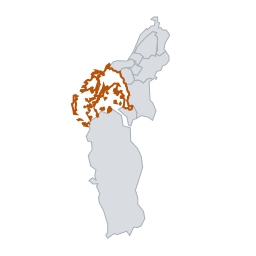 Greece highlighted, Mercator projection, rotated 83°
{"feature_id": "GRC", "entity_name": "Greece", "entity_type": "country or territory", "adm_level": 0, "iso_a3": "GRC", "parent_name": "Europe", "parent_adm1": "", "projection": "mercator", "projection_center": [23.941, 38.339], "detail": "fine", "context": "with_neighbors", "style": "outline", "palette": "amber", "viewbox_px": 256, "rotation_deg": 83, "n_neighbors": 9, "source": "natural_earth", "source_scale": "50m", "svg_char_len": 8737}
<svg xmlns="http://www.w3.org/2000/svg" viewBox="0 0 256 256"><g transform="rotate(83 128 128)"><path d="M82.8,97.5L84.8,101.4L102.9,102.7L106.3,100.3L114.4,98.1L123.4,102.6L119.8,106.5L117.3,113.2L119.6,118.5L113.6,117.3L106.6,120.2L106.6,124.7L100.3,125.6L95.5,122.4L90.0,124.9L84.9,124.7L84.4,118.6L80.9,115.6L82.1,114.3L81.3,113.2L82.5,110.2L85.1,107.3L81.8,103.2L81.2,99.7L82.8,97.5Z" fill="#d9dde1" stroke="#a8b0b8" stroke-width="1"/><path d="M234.9,161.7L231.6,163.1L229.2,160.9L221.2,159.8L206.7,162.4L198.8,165.6L193.1,165.6L189.5,164.0L181.9,166.4L179.7,164.7L179.3,169.5L175.6,173.2L173.1,169.4L175.7,166.1L171.5,166.9L165.7,164.9L161.0,169.8L150.6,170.8L145.0,166.2L137.6,165.9L136.0,169.5L131.3,170.5L124.6,165.9L117.1,166.1L113.0,157.5L108.0,152.7L111.4,145.8L107.0,141.6L114.6,133.0L125.2,132.6L128.1,125.7L141.2,126.9L149.5,121.0L157.5,118.4L168.8,118.2L190.7,128.2L198.7,126.8L204.6,127.6L212.7,122.8L220.1,122.4L226.7,126.9L227.9,130.1L227.2,134.5L235.0,139.4L230.3,141.9L232.5,152.0L231.1,154.7L234.9,161.7ZM106.6,120.2L113.6,117.3L119.6,118.5L120.4,122.0L126.4,125.0L125.1,127.2L117.0,127.7L108.3,135.4L106.2,129.3L107.9,128.3L110.0,122.6L106.6,120.2Z" fill="#d9dde1" stroke="#a8b0b8" stroke-width="1"/><path d="M71.6,129.2L71.5,131.6L69.2,132.9L68.8,135.8L65.6,140.1L60.5,134.5L59.9,130.2L61.4,121.2L59.8,116.8L62.8,112.2L63.2,113.9L65.1,113.1L68.2,116.5L67.8,123.0L68.7,127.0L71.6,129.2Z" fill="#d9dde1" stroke="#a8b0b8" stroke-width="1"/><path d="M41.0,75.3L48.3,80.8L54.0,82.7L56.5,81.2L60.4,87.8L57.7,91.5L54.6,89.3L44.0,87.9L40.8,88.1L39.3,90.1L36.8,87.9L35.4,91.9L48.6,109.0L54.7,112.5L53.9,114.1L37.2,104.5L31.4,97.4L32.8,96.7L29.7,92.7L29.5,89.4L25.1,87.9L23.0,92.0L21.0,88.8L21.4,85.2L26.2,85.6L27.4,83.9L32.5,85.7L32.4,83.0L34.8,82.0L35.5,78.0L41.0,75.3Z" fill="#d9dde1" stroke="#a8b0b8" stroke-width="1"/><path d="M54.7,112.5L48.6,109.0L40.2,99.4L35.4,91.9L36.8,87.9L39.3,90.1L40.8,88.1L44.0,87.9L60.2,91.5L58.5,95.7L61.8,99.4L60.8,103.9L55.7,107.4L54.7,112.5Z" fill="#d9dde1" stroke="#a8b0b8" stroke-width="1"/><path d="M80.9,115.6L84.4,118.6L84.9,124.7L82.4,126.6L78.7,126.4L76.1,128.4L71.6,129.2L68.7,127.0L67.8,123.0L69.8,118.1L80.9,115.6Z" fill="#d9dde1" stroke="#a8b0b8" stroke-width="1"/><path d="M56.5,81.2L61.8,78.6L66.1,79.1L69.8,82.9L70.6,86.1L74.8,88.4L75.3,92.4L79.3,95.2L81.5,93.0L83.2,94.2L81.6,95.8L82.8,97.5L81.2,99.7L81.8,103.2L85.1,107.3L82.5,110.2L81.3,113.2L82.1,114.3L80.9,115.6L75.4,116.3L76.8,112.2L70.2,106.7L66.4,111.0L66.9,110.2L59.2,104.3L60.8,103.9L61.8,99.4L58.5,95.7L60.2,91.5L57.7,91.5L60.4,87.8L56.5,81.2Z" fill="#d9dde1" stroke="#a8b0b8" stroke-width="1"/><path d="M66.9,110.2L63.2,113.9L62.8,112.2L59.8,116.8L60.3,119.7L53.9,114.1L55.7,107.4L59.2,104.3L66.9,110.2Z" fill="#d9dde1" stroke="#a8b0b8" stroke-width="1"/><path d="M68.6,119.9L68.2,116.5L65.1,113.1L68.0,110.3L69.0,107.2L70.2,106.7L76.8,112.2L75.4,116.3L69.8,118.1L69.5,120.0L68.6,119.9Z" fill="#d9dde1" stroke="#a8b0b8" stroke-width="1"/><path d="M107.2,120.9L109.8,122.2L110.1,124.1L110.0,124.5L108.1,125.6L108.3,127.8L106.6,130.0L106.1,130.2L104.8,129.2L100.7,128.4L99.7,127.8L97.5,129.0L95.4,128.2L92.6,130.3L90.4,130.0L90.3,130.7L91.2,131.9L90.9,132.4L91.2,133.0L92.3,133.1L93.5,133.8L94.4,135.5L93.2,134.3L91.5,133.6L90.2,133.8L90.2,134.2L91.9,135.8L92.1,136.6L91.7,137.1L90.9,136.6L89.8,134.8L88.1,134.4L87.9,134.8L88.2,135.7L89.8,137.2L89.5,137.5L87.9,136.9L87.5,136.0L87.4,134.8L84.5,133.2L84.2,132.4L84.7,131.5L82.7,132.3L82.8,133.5L82.2,135.7L82.4,136.5L84.1,138.6L85.1,140.7L86.8,142.5L87.5,144.1L86.3,144.8L86.0,144.5L86.3,143.4L85.2,142.8L84.7,143.0L84.1,143.4L84.4,144.2L85.0,145.4L85.7,145.4L83.8,146.6L82.2,146.9L85.3,148.0L86.2,148.6L86.9,148.7L87.7,149.9L89.1,150.2L89.9,151.4L91.9,152.1L92.2,153.3L92.5,157.0L91.9,157.3L89.2,154.4L88.7,154.2L86.5,154.8L85.5,155.5L86.2,156.3L86.6,157.8L87.9,158.1L88.6,159.3L86.3,160.3L85.9,160.0L85.9,159.3L85.3,159.0L83.7,158.1L83.3,158.5L83.6,159.7L84.2,160.6L85.6,164.4L85.5,166.2L86.3,167.9L85.1,167.2L83.7,165.0L83.3,164.9L82.5,165.0L81.7,166.8L81.7,167.9L81.3,167.6L80.9,167.3L80.9,165.7L78.9,162.9L78.0,163.2L77.9,164.8L77.6,165.4L76.5,164.3L75.5,162.4L75.4,161.4L76.2,160.5L76.1,159.8L75.4,158.5L73.7,157.4L73.4,156.4L72.3,155.4L73.6,154.2L74.2,152.8L76.0,152.9L77.1,151.6L78.0,151.7L84.7,154.8L84.5,154.0L86.0,153.8L86.5,153.3L85.8,152.8L84.1,152.4L81.2,150.6L80.5,151.4L78.1,150.9L74.7,151.7L73.7,150.2L73.5,151.2L72.7,151.5L72.2,151.1L71.4,148.7L70.6,147.7L69.9,147.4L69.9,146.8L69.9,146.3L70.7,146.2L72.2,146.6L72.5,146.4L72.3,145.4L69.9,145.6L67.8,143.4L66.7,142.8L65.9,140.8L64.6,139.4L65.5,139.8L66.3,139.7L66.7,138.6L67.2,138.6L66.7,137.0L67.4,136.3L69.1,135.7L70.1,132.8L71.1,132.3L71.7,131.2L71.2,129.8L71.2,129.1L73.7,129.0L74.2,128.6L75.4,128.9L76.8,128.2L78.3,126.6L79.6,126.3L81.7,126.7L83.3,126.1L83.7,124.7L86.3,124.8L86.9,124.2L89.6,124.2L92.2,123.5L92.5,122.9L95.6,122.7L96.2,123.7L97.4,124.5L97.9,124.1L98.9,124.4L100.7,125.5L104.4,124.7L105.3,124.9L106.8,124.2L106.8,123.0L106.3,121.6L106.4,121.3L107.2,120.9ZM90.7,175.5L92.2,175.7L92.7,175.1L93.2,175.1L93.4,175.6L92.8,176.0L93.8,176.2L94.0,176.9L94.5,177.1L97.0,176.6L99.0,176.7L99.7,177.2L102.2,177.6L104.0,177.2L104.1,178.9L104.4,179.1L106.0,178.3L107.0,178.3L108.0,177.5L107.5,179.8L107.0,180.0L104.7,179.9L97.6,180.7L97.2,180.6L97.0,179.4L95.3,178.8L89.3,178.0L89.0,176.6L89.1,175.6L89.4,175.4L89.8,175.8L90.3,174.6L90.7,175.5ZM87.4,145.4L88.8,147.3L91.2,148.5L93.0,148.8L93.5,149.7L93.4,150.4L94.0,152.6L94.6,153.1L96.0,153.2L96.1,154.3L95.5,154.7L94.6,154.3L93.5,153.5L93.4,152.7L92.4,151.1L90.4,151.0L89.7,150.6L89.5,149.6L86.9,147.4L85.4,146.8L84.8,147.1L84.3,146.8L87.0,145.4L87.4,145.4ZM108.6,142.8L108.5,143.3L109.8,144.7L109.8,145.4L109.2,145.0L109.6,145.7L108.5,145.9L106.9,145.5L106.6,145.0L107.7,143.9L107.0,144.0L106.3,144.8L105.2,144.5L104.8,143.9L105.2,143.1L106.4,143.0L107.0,142.8L107.0,142.4L108.2,142.3L108.6,142.8ZM118.5,172.3L117.8,172.4L117.6,172.1L117.9,171.1L117.6,170.2L119.0,168.8L121.2,168.0L120.6,169.9L120.0,170.6L120.2,171.1L119.3,171.3L118.5,172.3ZM106.9,151.8L105.8,153.1L105.1,152.4L105.0,152.1L105.8,151.4L104.8,150.0L104.8,149.5L105.9,149.2L106.9,149.7L106.9,151.8ZM68.5,150.3L68.9,152.1L69.4,152.3L70.0,153.2L69.8,153.9L68.8,153.4L68.2,153.5L67.7,152.4L67.0,152.9L67.4,151.5L68.2,151.6L68.5,150.3ZM65.1,141.9L65.3,142.4L63.8,141.6L62.2,138.9L63.5,138.4L64.1,138.8L64.2,139.1L63.5,139.8L63.9,140.2L64.3,141.5L65.1,141.9ZM102.0,136.5L101.4,138.5L100.8,138.4L100.7,137.7L100.2,138.3L99.4,138.1L99.4,136.8L100.6,136.7L100.9,137.2L102.0,136.5ZM111.5,156.1L113.0,156.5L113.1,157.0L111.6,157.6L109.8,156.9L110.2,156.4L111.5,156.1ZM97.4,131.2L96.5,131.6L95.6,131.0L95.6,130.6L96.4,129.6L97.0,129.7L97.5,130.4L97.4,131.2ZM70.7,156.2L71.4,157.0L70.8,156.8L70.2,157.4L68.8,155.7L69.3,155.1L69.8,155.8L70.7,156.2ZM102.7,163.4L102.1,163.7L101.4,162.5L102.6,161.4L103.0,161.8L102.7,163.4ZM98.9,156.6L98.7,157.2L97.0,155.4L96.9,154.8L97.5,154.6L98.0,155.2L98.7,155.3L98.9,156.6ZM114.3,176.1L113.7,176.7L113.2,175.1L113.8,174.0L113.8,173.5L114.2,173.2L113.8,174.8L114.3,176.1ZM69.5,148.9L68.4,149.4L68.7,147.8L69.4,147.1L69.5,148.9ZM85.9,169.6L85.5,170.4L84.8,170.2L84.6,169.8L84.6,169.0L84.9,168.4L85.9,169.6ZM115.1,164.3L112.1,165.5L112.4,165.1L114.2,164.0L115.1,164.3ZM107.2,158.2L105.7,158.6L106.4,157.7L108.2,157.3L107.2,158.2ZM100.9,162.6L100.3,163.2L99.7,162.8L100.0,162.2L100.6,161.9L100.8,162.0L100.9,162.6ZM100.7,158.0L100.5,158.5L100.0,158.4L98.9,157.3L100.7,158.0ZM96.7,147.4L95.8,147.6L96.0,147.2L95.2,146.7L95.4,145.9L96.0,146.2L96.1,146.8L96.7,147.4ZM103.7,132.9L102.9,133.2L102.0,132.4L102.9,132.1L103.7,132.9ZM95.8,165.2L95.7,165.9L94.3,166.1L94.5,165.3L95.0,165.6L95.8,165.2ZM104.9,164.9L104.1,164.9L105.8,163.7L106.3,164.0L104.9,164.9ZM94.8,157.5L94.1,158.6L94.0,157.9L94.3,157.3L94.7,157.2L94.8,157.5ZM101.7,159.5L101.1,159.6L101.1,158.9L102.1,159.1L101.7,159.5ZM109.0,166.7L108.1,167.3L107.7,167.0L107.7,166.6L108.1,166.7L108.5,166.5L108.4,166.2L109.0,166.7ZM112.8,163.5L112.2,163.6L112.3,162.9L111.9,162.4L113.0,163.1L112.8,163.5ZM95.4,159.6L94.7,160.4L94.8,159.8L94.6,159.5L95.0,159.0L95.4,159.6ZM69.8,151.6L69.5,151.7L68.9,150.3L69.4,150.5L69.8,151.6ZM101.8,165.6L101.5,166.1L100.7,165.2L101.0,165.0L101.8,165.6ZM90.6,144.7L90.3,145.0L89.8,144.8L89.3,143.8L90.6,144.7ZM89.0,155.1L88.4,155.3L88.1,155.1L88.5,154.6L89.0,155.1ZM95.7,162.1L95.0,162.0L95.1,161.5L95.7,161.5L95.7,162.1ZM102.3,168.3L102.0,168.8L101.5,168.6L101.8,168.2L101.8,167.7L102.3,168.3ZM97.0,163.8L96.7,163.5L96.8,163.0L97.0,162.9L97.3,163.6L97.0,163.8ZM118.6,166.2L118.5,167.1L118.1,166.5L118.6,166.2ZM91.9,143.3L91.0,144.4L91.3,143.7L91.9,143.3ZM98.6,158.9L98.5,159.8L98.3,159.8L98.3,158.7L98.6,158.9Z" fill="none" stroke="#b45309" stroke-width="2"/></g></svg>